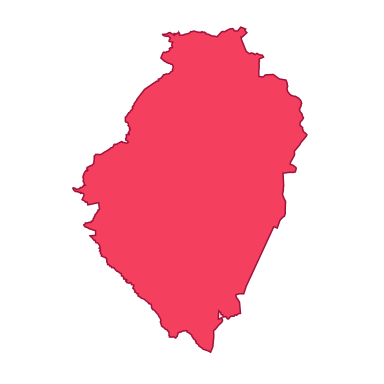 the district of Villa Hidalgo, Jalisco, Mexico, rotated 86°
{"feature_id": "50627088B61911650212714", "entity_name": "Villa Hidalgo", "entity_type": "district", "adm_level": 2, "iso_a3": "MEX", "parent_name": "Mexico", "parent_adm1": "Jalisco", "projection": "robinson", "projection_center": [-102.593, 21.663], "detail": "fine", "context": "isolated", "style": "filled", "palette": "rose", "viewbox_px": 384, "rotation_deg": 86, "n_neighbors": 0, "source": "geoboundaries", "source_scale": "gbopen_adm2", "svg_char_len": 5965}
<svg xmlns="http://www.w3.org/2000/svg" viewBox="0 0 384 384"><g transform="rotate(86 192 192)"><path d="M192.5,100.1L179.6,99.9L179.2,93.5L179.5,89.3L179.1,87.5L175.9,86.4L174.8,86.6L172.2,89.6L171.2,92.0L169.7,91.9L162.7,87.4L161.3,87.0L159.0,87.1L158.1,86.7L152.5,81.3L150.5,80.1L144.2,74.0L143.0,73.4L142.0,74.0L139.5,76.6L136.8,77.3L135.6,77.1L134.2,78.2L133.2,79.6L130.8,79.4L129.0,78.4L128.1,77.2L125.9,75.6L123.9,76.5L121.4,77.0L119.6,78.4L117.4,79.1L116.5,78.5L115.8,78.7L113.8,77.1L113.2,77.4L111.2,76.4L108.3,77.2L106.0,78.9L103.8,82.1L103.4,84.3L102.4,86.3L101.3,87.6L98.6,89.5L95.2,90.1L93.1,89.1L91.8,89.5L89.9,89.5L86.9,90.4L85.3,97.0L80.4,102.8L80.3,110.7L82.3,113.0L81.4,117.2L76.6,117.0L72.1,116.3L68.6,116.1L68.0,116.4L66.5,115.6L64.0,115.7L62.4,111.2L60.4,112.3L59.8,115.3L58.3,117.2L58.3,117.9L59.3,119.2L58.9,120.5L58.3,120.5L57.3,123.3L57.9,123.8L57.9,125.4L55.3,128.2L43.1,132.1L41.1,132.2L41.4,131.8L36.9,126.1L34.4,128.1L33.2,127.1L30.9,131.8L34.2,134.9L34.6,135.7L34.2,138.4L32.4,139.4L31.8,140.0L32.0,143.0L33.6,146.8L34.3,147.8L34.3,148.9L34.0,150.1L34.3,151.3L38.8,156.1L38.8,156.6L38.2,158.3L37.6,161.7L35.9,164.3L35.4,166.7L34.4,167.0L34.0,168.1L33.4,168.3L33.4,170.0L32.7,170.8L33.0,171.6L33.4,171.8L33.3,172.7L32.8,175.7L31.7,178.3L31.6,179.6L32.1,180.9L32.0,182.2L33.1,183.2L34.0,185.6L34.0,187.5L34.7,189.6L34.9,191.7L34.6,193.5L33.0,193.4L32.3,193.8L32.5,193.8L32.3,194.9L32.6,195.7L33.1,196.0L33.2,196.9L32.6,198.7L33.5,198.9L33.8,198.1L34.5,198.6L31.4,202.8L31.4,203.7L32.7,206.5L32.7,210.4L33.0,210.4L34.4,208.7L34.5,207.7L35.1,206.3L34.7,205.1L36.6,203.0L37.1,202.9L38.4,203.9L40.0,204.4L40.4,203.9L41.1,200.8L41.6,200.7L42.8,201.7L44.4,201.9L44.9,202.0L45.9,201.3L46.8,201.9L46.6,203.4L47.3,204.6L48.9,204.3L50.2,205.7L50.2,207.0L50.6,208.0L51.0,208.3L50.5,210.3L50.9,211.1L56.1,213.7L59.8,210.2L59.8,209.5L61.3,207.9L61.4,207.3L62.1,206.2L62.3,204.9L63.1,204.1L63.2,203.2L63.7,202.6L66.1,201.9L68.6,203.0L69.7,202.8L70.2,203.2L70.5,204.5L72.2,206.2L72.7,207.9L72.4,209.5L73.0,211.1L73.0,212.1L76.2,214.8L77.2,217.8L78.4,217.4L79.1,217.8L78.9,219.3L79.1,219.8L86.3,232.1L95.7,240.5L96.5,240.7L99.7,243.5L101.3,243.7L101.8,244.6L103.2,245.7L104.1,245.1L104.7,245.7L105.8,246.0L106.1,247.1L107.8,248.3L108.3,248.8L108.5,249.6L109.7,250.4L110.5,251.2L111.8,251.8L112.4,252.5L112.6,253.2L116.8,253.6L117.8,253.0L118.1,251.5L119.1,250.9L121.4,250.7L121.4,250.9L122.4,250.4L122.9,249.7L123.4,249.5L124.3,249.9L125.0,249.2L125.8,250.1L126.5,249.9L128.3,251.3L129.0,250.7L130.3,250.8L130.4,251.0L129.6,251.6L130.1,252.9L130.9,253.3L130.7,253.6L133.6,253.6L133.8,254.3L134.6,254.6L135.9,254.2L136.8,252.5L138.0,252.2L138.8,253.9L137.9,256.2L137.6,258.0L137.0,258.1L136.8,258.9L138.9,263.5L139.3,265.0L138.9,265.8L139.2,266.4L141.5,267.7L142.2,268.8L142.2,269.7L143.9,271.8L143.8,272.4L144.6,273.1L146.1,276.5L148.3,280.3L147.7,285.4L149.2,286.6L149.4,287.1L151.7,287.0L152.0,287.3L152.9,287.3L157.0,288.2L158.6,290.4L158.6,291.1L160.2,294.9L161.9,295.4L162.9,294.3L163.6,294.8L163.4,296.5L163.9,297.0L165.9,298.4L167.4,298.8L167.6,299.2L169.8,299.8L170.3,299.3L174.1,299.8L175.1,298.9L176.5,299.1L177.7,298.1L178.0,299.8L178.6,300.0L178.9,300.7L179.8,301.4L179.7,303.1L180.4,303.4L181.2,305.2L181.2,307.1L180.0,308.6L179.6,310.1L179.8,310.6L181.6,310.0L183.4,308.3L183.7,305.6L184.2,305.4L185.0,303.6L184.5,303.0L184.8,302.7L185.6,302.8L185.4,301.7L186.0,300.5L187.2,299.8L187.7,299.9L192.0,302.2L193.3,300.0L194.8,298.9L194.6,297.5L195.2,297.1L197.6,296.8L196.1,285.9L202.9,285.5L203.5,286.9L203.9,286.7L204.7,287.6L205.3,287.6L206.1,288.6L207.0,289.0L207.8,290.3L209.2,290.5L209.9,291.3L211.4,291.8L211.7,292.4L213.6,292.8L214.3,294.7L215.2,294.8L215.1,297.0L215.6,298.5L215.4,300.4L216.5,300.9L217.0,302.1L217.6,302.2L219.2,301.2L220.4,298.5L221.5,297.1L223.9,290.9L228.5,291.2L228.6,296.8L229.4,296.3L230.0,295.4L233.4,293.0L233.4,292.1L235.7,291.5L236.6,289.3L238.5,288.2L240.4,287.5L241.6,288.6L242.7,287.3L244.4,288.3L244.6,287.5L247.1,287.6L247.5,286.9L248.3,286.6L249.5,286.9L251.7,282.4L252.6,282.2L253.0,281.7L255.8,281.9L257.0,281.3L258.5,281.2L258.6,280.1L260.6,278.8L260.5,277.9L261.0,277.5L261.8,277.4L261.9,275.3L262.6,275.1L265.8,272.5L266.1,272.0L266.0,271.2L266.7,270.8L268.2,269.1L268.4,268.2L270.8,268.2L271.0,267.2L272.0,266.3L273.8,266.2L273.5,265.7L274.4,265.0L274.3,264.6L275.2,263.2L275.4,263.9L276.0,264.4L276.3,264.4L276.5,263.8L277.2,263.4L277.7,263.5L278.6,261.1L278.0,259.6L278.7,259.1L280.1,258.9L280.6,256.7L281.7,256.6L282.0,257.1L284.0,257.7L284.3,256.9L285.6,256.5L286.3,255.8L287.9,256.0L288.6,254.6L289.8,253.8L289.8,252.9L291.9,253.1L293.2,251.1L294.1,250.3L295.5,247.3L299.9,242.7L300.0,243.1L300.3,243.0L301.2,240.5L304.9,240.3L306.6,239.4L306.6,238.9L307.5,237.7L311.3,235.0L311.8,234.3L313.9,233.7L316.0,232.4L318.2,232.0L319.5,232.7L320.3,232.2L321.6,232.2L322.4,231.7L323.5,231.8L325.7,229.2L326.9,228.3L327.7,226.5L328.6,226.2L329.6,225.1L331.3,224.7L333.2,225.0L334.2,224.5L335.0,224.7L335.4,222.4L335.1,220.6L336.4,218.9L336.5,218.5L334.8,216.8L331.5,215.6L331.6,215.3L331.1,214.5L330.9,212.6L330.1,211.4L329.9,207.0L330.4,206.6L331.2,206.8L332.3,204.9L334.6,202.4L336.2,202.0L337.5,200.9L338.2,201.0L340.2,198.9L341.1,198.9L341.7,198.2L342.8,198.5L344.8,196.2L346.1,195.8L348.5,192.7L349.5,192.0L351.6,187.0L353.1,184.6L347.8,182.0L337.3,180.3L331.6,180.1L330.8,178.5L326.6,174.6L324.0,171.3L322.1,170.4L320.8,170.7L319.4,171.5L320.3,172.8L320.8,174.5L317.3,174.3L312.4,173.5L314.5,171.7L316.3,171.5L316.7,169.9L318.9,169.8L318.7,166.7L321.0,165.6L321.2,164.8L321.1,164.2L320.0,163.5L318.7,161.9L318.9,158.7L317.4,157.6L318.1,156.0L316.7,154.4L316.5,152.1L305.2,152.3L302.2,153.8L300.6,155.0L298.0,155.6L297.5,154.9L296.8,151.6L297.2,147.5L289.8,144.5L232.4,112.9L232.3,112.7L233.9,109.5L226.1,106.1L223.2,102.8L222.6,101.5L219.9,100.4L216.5,100.3L207.9,99.3L205.0,100.6L200.7,101.9L197.1,100.8L193.6,100.5L192.5,100.1Z" fill="#f43f5e" stroke="#9f1239" stroke-width="1.5"/></g></svg>